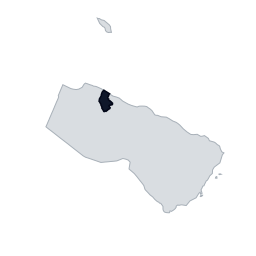 location of Al Masilah, Al Mahrah, Yemen, rotated 226°
{"feature_id": "15242507B86858383588753", "entity_name": "Al Masilah", "entity_type": "district", "adm_level": 2, "iso_a3": "YEM", "parent_name": "Yemen", "parent_adm1": "Al Mahrah", "projection": "mercator", "projection_center": [50.513, 15.552], "detail": "fine", "context": "in_parent", "style": "filled", "palette": "ink", "viewbox_px": 256, "rotation_deg": 226, "n_neighbors": 0, "source": "geoboundaries", "source_scale": "gbopen_adm2", "svg_char_len": 5467}
<svg xmlns="http://www.w3.org/2000/svg" viewBox="0 0 256 256"><g transform="rotate(226 128 128)"><path d="M204.4,111.2L196.0,114.3L193.8,115.7L191.7,117.4L190.2,119.5L189.1,123.3L190.0,126.7L189.9,128.5L187.7,129.7L185.7,130.6L183.4,131.9L182.0,132.3L180.9,133.3L179.6,134.1L174.9,136.0L169.7,137.5L161.5,139.3L158.3,141.2L155.5,142.5L151.1,142.9L145.1,144.7L141.8,146.2L137.6,148.6L136.7,149.3L136.0,151.1L134.7,152.6L132.2,155.1L130.3,156.4L129.1,156.5L126.6,157.1L123.8,157.3L118.9,156.4L117.7,157.0L116.7,158.0L113.0,159.7L109.2,163.1L106.4,164.0L101.9,165.1L98.8,166.5L96.7,167.0L94.0,167.3L89.0,167.2L84.2,167.7L79.8,168.7L77.7,170.5L75.4,173.4L71.5,174.5L70.6,175.6L69.4,177.7L66.9,178.2L64.7,178.6L62.3,177.7L58.0,180.2L56.4,180.6L53.9,180.7L52.1,181.3L50.8,181.1L49.2,180.1L45.8,178.9L43.4,179.7L43.2,177.3L39.1,169.9L39.9,163.5L39.9,162.6L39.1,159.7L36.7,157.1L36.8,153.7L36.0,151.3L35.3,148.9L35.5,148.2L35.6,147.6L34.3,143.9L33.9,143.1L33.7,142.3L34.2,141.7L34.1,141.0L33.5,139.8L32.8,137.6L29.5,135.9L30.1,134.2L30.8,134.8L31.7,135.3L31.8,134.2L31.8,133.5L30.5,128.5L32.5,121.9L31.8,116.0L35.0,113.6L35.8,112.9L36.2,112.2L37.0,110.9L38.0,110.4L38.3,109.0L38.3,108.3L37.6,107.7L37.2,106.0L37.3,103.9L37.5,103.0L37.8,101.4L38.9,100.8L39.2,100.3L38.3,99.3L38.4,98.7L40.3,97.0L41.0,96.5L42.2,95.9L43.2,95.9L44.3,96.2L45.2,96.7L46.2,97.6L47.2,98.6L48.7,99.0L49.7,98.9L50.6,99.3L51.3,99.1L52.1,98.5L53.4,98.6L54.6,98.0L57.9,97.7L61.2,97.9L64.5,97.4L67.9,97.5L71.2,97.5L72.0,97.6L72.7,97.9L75.6,99.4L77.7,99.7L82.1,100.1L86.7,100.6L90.8,100.9L94.2,100.6L97.0,100.3L97.8,100.3L98.6,101.3L100.3,103.6L101.9,105.8L104.7,105.9L106.5,105.1L108.5,103.9L109.7,103.0L111.1,99.5L112.1,97.1L114.1,94.5L115.9,92.3L118.2,89.4L119.5,87.8L122.0,84.6L124.4,83.4L129.1,81.0L133.6,78.7L136.6,77.1L139.1,76.4L143.4,75.8L148.3,75.1L153.3,74.4L158.6,73.7L164.6,72.8L168.6,72.2L173.8,71.5L178.1,70.9L181.9,70.3L185.9,69.8L186.6,71.6L187.3,73.3L188.1,75.1L188.8,76.9L189.6,78.6L190.3,80.4L191.1,82.2L191.8,83.9L192.5,85.7L193.3,87.5L194.0,89.2L194.8,91.0L195.5,92.7L196.3,94.5L197.0,96.3L197.7,98.0L198.5,99.7L199.7,100.3L200.4,101.9L201.4,104.2L202.4,106.5L203.4,108.9L204.4,111.2ZM215.8,180.8L216.8,181.0L218.4,180.4L222.9,180.3L228.4,182.2L227.3,182.7L226.7,183.4L224.3,184.0L222.0,185.5L215.1,186.2L213.0,185.8L211.4,184.4L208.3,182.5L209.5,181.4L209.8,180.8L210.2,180.3L212.0,179.4L213.7,179.5L215.8,180.8ZM31.6,157.7L31.4,158.1L31.1,158.0L30.1,157.1L31.2,156.1L31.8,157.0L31.6,157.7ZM28.3,134.6L27.8,135.0L27.6,134.4L28.0,132.8L28.5,132.4L28.9,133.5L28.7,134.1L28.3,134.6ZM31.1,162.4L30.0,162.9L30.8,161.5L31.5,161.2L31.7,161.3L31.1,162.4Z" fill="#d9dde1" stroke="#a8b0b8" stroke-width="1"/><path d="M155.8,132.4L155.8,132.5L155.8,132.8L155.8,133.0L155.9,133.3L156.0,133.4L156.0,133.5L156.3,133.6L156.4,133.8L156.5,133.7L156.5,133.8L156.8,134.0L157.0,134.1L157.3,134.1L157.7,134.1L157.8,134.1L158.2,134.1L158.3,134.1L158.5,134.1L158.8,134.0L159.0,134.0L159.3,134.0L159.6,134.0L159.6,133.9L159.8,133.9L160.0,133.7L160.3,133.7L160.5,133.7L160.8,133.7L161.1,133.6L161.3,133.5L161.6,133.6L161.8,133.6L162.0,133.8L162.1,134.0L162.2,133.9L162.3,133.9L162.3,134.0L162.5,134.1L162.8,134.1L163.0,134.1L163.3,134.0L163.5,134.1L163.7,134.3L163.9,134.5L164.0,134.6L164.1,134.8L164.1,135.0L164.3,135.2L164.3,135.3L164.4,135.5L164.4,135.8L164.4,136.0L164.5,136.1L164.7,136.3L164.8,136.5L165.0,136.6L164.9,136.8L164.9,137.0L165.1,137.3L165.2,137.5L165.3,137.6L165.5,137.9L165.5,138.0L165.4,138.3L165.4,138.5L165.8,138.4L166.0,138.4L166.3,138.3L166.7,138.2L167.0,138.1L167.4,138.0L167.5,138.0L167.7,137.9L167.9,137.9L168.1,137.9L168.3,137.8L168.5,137.7L168.9,137.6L169.0,137.6L169.3,137.5L169.5,137.5L170.3,137.3L170.5,137.2L170.8,137.1L171.1,137.1L171.3,137.1L171.5,137.0L171.8,137.0L172.0,136.9L171.9,135.4L171.9,135.0L171.6,134.1L171.1,133.0L170.6,132.1L170.0,131.4L169.8,131.2L169.4,129.9L169.1,128.8L169.0,128.1L168.5,127.3L168.2,126.9L167.6,126.1L167.3,125.7L167.2,125.7L166.9,125.7L166.7,125.7L166.4,125.6L166.2,125.6L165.9,125.5L165.7,125.5L165.6,125.4L165.4,125.4L165.2,125.3L164.9,125.3L164.8,125.2L164.7,125.2L164.4,125.1L164.2,125.1L163.8,124.9L163.7,124.9L163.4,124.8L163.3,124.7L163.2,124.5L163.0,124.4L162.9,124.3L162.7,124.3L162.6,124.2L162.4,124.2L162.1,124.1L161.9,124.1L161.7,124.0L161.5,123.9L161.4,123.9L161.2,123.8L161.1,123.7L160.9,123.6L160.8,123.4L160.7,123.2L160.4,123.0L160.3,122.9L160.1,122.9L159.9,122.9L159.5,122.8L159.3,122.8L159.2,122.8L159.1,122.7L158.9,122.7L158.7,122.7L158.4,122.6L158.2,122.6L157.9,122.5L157.8,122.4L157.7,122.4L157.4,122.3L157.2,122.3L157.1,122.2L156.9,122.2L156.7,122.1L156.4,122.2L156.4,122.3L156.3,122.5L156.2,122.7L156.1,122.8L156.1,123.0L156.1,123.3L155.9,123.4L155.8,123.5L155.7,123.6L155.4,123.7L155.4,123.8L155.2,123.9L155.2,124.0L155.3,124.2L155.4,124.3L155.3,124.5L155.5,124.7L155.5,124.8L155.4,124.8L155.2,124.9L155.1,125.0L155.0,125.3L155.0,125.5L155.0,125.8L155.1,126.0L155.3,126.2L155.3,126.3L155.3,126.6L155.2,126.8L155.0,127.0L154.9,127.0L154.8,127.3L154.9,127.5L154.8,127.8L154.8,128.0L154.7,128.1L154.6,128.3L154.6,128.5L154.8,128.8L154.9,129.0L155.0,129.2L155.1,129.3L155.4,129.3L155.5,129.3L155.9,129.3L156.0,129.3L156.4,129.4L156.5,129.5L156.8,129.6L157.1,129.6L157.1,129.8L157.2,130.0L157.2,130.3L157.2,130.5L157.2,130.8L157.0,131.0L156.9,131.1L156.7,131.1L156.6,131.4L156.6,131.5L156.5,131.8L156.4,131.9L156.2,132.0L156.0,132.3L155.9,132.3L155.8,132.4Z" fill="#0f172a" stroke="#020617" stroke-width="1.5"/></g></svg>